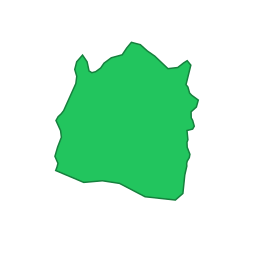 map outline of Kirsehir (Robinson projection), rotated 245°
{"feature_id": "TUR-2286", "entity_name": "Kirsehir", "entity_type": "Province", "adm_level": 1, "iso_a3": "TUR", "parent_name": "Turkey", "parent_adm1": "", "projection": "robinson", "projection_center": [34.21, 39.339], "detail": "fine", "context": "isolated", "style": "filled", "palette": "green", "viewbox_px": 256, "rotation_deg": 245, "n_neighbors": 0, "source": "natural_earth", "source_scale": "10m", "svg_char_len": 883}
<svg xmlns="http://www.w3.org/2000/svg" viewBox="0 0 256 256"><g transform="rotate(245 128 128)"><path d="M99.7,186.1L100.8,180.4L92.0,177.3L90.1,175.4L85.5,173.5L78.0,173.0L75.2,171.0L72.9,167.6L70.9,166.1L68.6,165.2L61.4,159.6L45.5,150.1L42.7,140.5L58.5,114.4L81.4,96.9L91.0,82.5L97.4,64.9L120.0,44.5L122.7,47.2L125.6,49.6L133.2,49.8L140.5,56.2L147.7,63.7L154.1,65.8L165.2,65.9L167.8,69.5L169.1,73.5L170.9,77.0L190.3,99.5L196.5,103.4L203.6,104.5L209.7,109.5L213.3,117.6L205.3,118.9L196.2,116.8L193.4,118.6L192.7,122.5L193.9,128.6L196.9,133.7L198.7,142.5L196.8,153.7L201.0,160.6L204.2,167.3L198.3,174.4L189.6,178.1L181.9,182.6L164.9,189.3L161.8,198.6L163.5,206.1L164.0,210.1L158.4,211.5L142.8,198.9L139.8,199.6L133.6,198.6L130.7,199.6L123.6,203.5L118.1,198.8L116.0,192.0L110.5,189.6L107.5,189.8L101.6,188.8L99.7,186.1Z" fill="#22c55e" stroke="#15803d" stroke-width="1.5"/></g></svg>